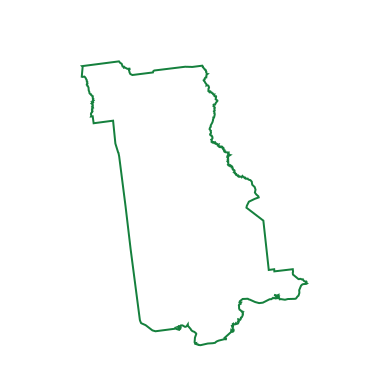 Casey, Victoria, Australia (Natural Earth projection), rotated 344°
{"feature_id": "25037944B44962811090312", "entity_name": "Casey", "entity_type": "district", "adm_level": 2, "iso_a3": "AUS", "parent_name": "Australia", "parent_adm1": "Victoria", "projection": "natural_earth1", "projection_center": [145.344, -38.095], "detail": "fine", "context": "isolated", "style": "outline", "palette": "green", "viewbox_px": 384, "rotation_deg": 344, "n_neighbors": 0, "source": "geoboundaries", "source_scale": "gbopen_adm2", "svg_char_len": 6033}
<svg xmlns="http://www.w3.org/2000/svg" viewBox="0 0 384 384"><g transform="rotate(344 192 192)"><path d="M236.7,73.4L226.9,71.9L219.9,69.7L189.2,64.8L188.0,65.3L187.4,66.3L166.9,63.1L165.2,61.5L164.9,59.7L165.1,58.5L164.9,57.8L165.2,56.9L165.9,56.7L165.9,56.2L163.8,55.8L161.9,53.9L160.9,53.8L161.1,52.8L159.9,52.3L159.7,49.3L158.5,48.0L157.8,46.3L121.0,40.7L121.4,41.5L117.8,50.8L118.7,51.3L120.2,51.3L120.7,51.9L121.3,53.5L121.4,54.9L121.7,55.4L121.3,56.9L121.7,57.3L121.4,58.1L121.4,58.9L120.9,59.1L120.9,59.4L120.4,59.9L120.8,60.6L120.7,61.1L121.0,61.3L121.3,63.1L120.7,66.0L120.9,67.2L120.7,68.8L121.2,69.8L121.8,70.2L121.7,70.8L122.1,71.1L122.4,72.0L123.0,72.6L122.7,72.9L122.6,74.3L122.8,75.1L122.4,75.2L122.4,76.0L122.1,76.3L122.4,76.7L121.8,76.8L121.8,77.9L120.7,77.9L120.9,78.3L120.4,78.9L120.8,78.7L121.0,78.9L119.9,79.3L120.6,80.2L120.3,80.4L120.5,81.3L119.9,81.9L120.3,82.1L120.0,82.9L120.1,83.7L119.2,83.8L119.3,84.3L119.1,84.9L118.6,85.0L118.6,86.8L118.1,86.8L118.0,87.7L116.7,88.5L116.3,89.3L116.3,90.8L115.7,91.6L117.4,91.9L116.4,98.8L135.8,101.7L131.7,124.3L131.9,133.8L132.1,134.0L131.8,137.7L124.2,187.3L117.2,230.3L107.3,296.1L106.6,300.7L106.7,302.4L107.0,304.1L110.7,307.2L115.8,314.1L118.5,315.8L137.7,318.7L138.2,318.2L138.9,319.0L139.5,319.1L139.6,319.6L141.6,320.9L142.2,320.1L141.9,319.2L142.4,319.0L142.5,318.6L142.5,318.2L141.5,317.7L142.6,317.6L143.1,318.0L143.5,319.6L143.8,319.2L143.8,318.6L143.4,317.6L144.0,317.8L144.6,317.2L146.1,317.6L148.0,319.6L148.6,319.8L149.8,319.6L151.5,318.1L151.2,319.5L153.0,323.5L153.1,324.3L154.0,325.8L155.7,327.1L157.0,329.1L157.0,329.6L154.7,332.8L153.1,337.1L153.2,338.2L154.1,338.3L153.5,339.0L155.2,340.1L156.1,339.5L155.6,340.4L156.0,340.8L158.0,341.6L165.4,342.0L170.4,343.1L172.6,343.3L174.3,342.5L176.6,342.2L182.4,342.4L184.0,342.9L184.3,342.3L183.8,341.5L182.9,341.5L182.9,341.3L190.9,337.4L191.5,336.0L192.1,337.5L192.7,337.6L193.8,336.9L194.0,335.8L193.0,335.4L193.6,334.6L193.5,333.9L193.9,333.4L193.7,333.0L194.0,332.9L193.7,332.1L194.5,332.2L194.7,331.8L194.4,331.4L194.9,331.3L194.9,330.1L195.6,329.9L195.8,330.5L197.0,331.1L197.7,331.0L198.2,330.2L198.6,330.6L198.5,331.1L199.8,331.1L200.7,330.3L200.5,329.4L201.0,329.3L201.1,328.9L201.4,328.9L201.3,328.3L201.6,328.4L201.9,328.0L201.8,327.3L203.2,328.1L204.1,327.2L204.4,326.2L205.3,326.1L206.7,324.6L207.2,323.7L207.0,323.3L207.5,322.7L207.4,321.8L208.0,321.4L207.5,321.0L207.5,320.8L206.9,320.8L206.2,319.2L205.3,318.2L205.2,316.8L205.8,314.6L205.8,313.9L206.3,313.2L207.2,313.1L207.6,312.5L208.0,312.7L208.3,311.9L208.6,311.7L207.3,311.1L207.9,310.2L211.2,308.8L216.2,310.0L217.0,310.9L217.9,311.4L222.4,315.2L225.9,317.3L229.6,317.9L237.0,316.5L238.8,316.9L240.7,316.1L241.1,316.6L241.9,316.6L242.8,317.3L244.9,317.6L245.2,316.7L244.0,315.8L244.0,315.1L243.2,314.2L243.4,313.9L244.3,314.4L245.1,315.8L246.4,314.7L246.7,314.7L245.8,316.1L246.1,316.5L246.6,316.5L246.0,317.4L246.6,317.9L246.7,319.3L248.0,319.5L251.7,321.2L254.6,321.3L261.7,323.1L262.7,323.0L264.6,321.5L265.8,321.0L267.4,318.6L268.0,315.9L271.0,312.1L272.2,311.4L273.4,311.2L276.4,311.8L277.4,311.6L276.7,310.6L277.3,309.9L277.2,309.5L276.1,309.3L275.3,308.6L274.5,307.1L274.5,306.5L273.2,306.2L272.6,305.5L271.6,305.2L270.8,305.3L270.3,305.0L266.3,299.2L266.6,297.3L267.1,296.7L267.6,294.0L249.3,291.0L249.7,288.9L244.3,288.1L252.7,239.2L240.0,222.1L240.9,220.4L244.0,217.0L250.4,215.9L254.6,215.6L254.6,214.4L253.1,212.1L252.3,209.9L253.7,207.3L253.6,204.5L251.9,201.6L252.3,198.5L251.4,196.7L250.2,196.0L249.4,195.2L249.2,194.5L247.4,194.1L246.9,193.6L247.3,193.4L247.1,192.9L246.5,193.0L245.7,191.5L245.0,191.0L244.4,191.3L244.5,190.7L243.6,191.1L242.6,190.5L241.4,190.4L241.1,190.1L241.5,189.9L241.4,189.4L240.9,189.0L240.8,188.6L240.1,188.6L239.1,187.7L239.0,187.3L239.5,187.1L239.5,186.1L239.2,186.7L238.9,186.6L238.8,185.8L238.3,185.7L238.0,184.9L238.2,184.6L237.9,184.4L238.6,183.9L238.8,183.3L238.7,182.7L237.6,181.9L237.7,181.5L237.4,181.1L237.7,180.7L237.6,179.8L237.3,179.6L237.6,179.4L237.4,178.9L237.6,178.6L237.1,177.9L236.5,177.9L236.7,177.4L236.2,176.8L235.8,177.0L235.7,176.5L235.1,176.5L234.9,176.9L234.4,176.5L234.1,175.7L234.5,175.5L234.9,174.3L234.7,173.8L235.2,173.0L235.2,172.7L234.9,172.8L234.5,172.3L235.6,171.3L235.2,170.8L236.0,169.6L235.8,169.1L236.1,168.8L235.5,168.0L236.1,167.5L236.9,167.6L238.8,167.0L238.4,166.8L238.1,166.0L237.2,165.9L237.5,165.6L237.3,164.9L238.0,164.1L235.1,163.0L234.6,162.5L234.8,162.2L234.3,162.1L234.1,161.3L234.6,160.8L234.3,160.6L234.2,159.8L233.8,159.6L233.5,158.5L234.3,158.3L234.2,158.1L233.5,158.0L233.5,156.8L232.8,156.4L232.4,156.7L231.9,156.3L231.7,156.7L230.8,156.4L230.4,155.8L230.7,155.3L229.8,154.7L230.6,153.7L230.0,153.7L229.7,153.2L229.4,153.5L229.0,152.7L228.0,152.2L228.2,151.4L227.0,151.1L227.4,150.4L227.0,150.4L226.3,149.8L225.6,149.7L225.2,150.0L224.6,149.2L225.2,148.1L224.9,147.0L225.8,146.7L226.5,146.0L226.8,144.8L226.5,144.4L226.5,143.3L225.6,142.8L225.2,141.9L225.4,141.4L225.8,141.4L226.6,140.3L226.7,139.0L227.0,138.5L226.7,138.2L226.8,137.9L226.2,136.4L226.9,135.3L228.0,134.5L227.9,134.1L228.5,133.0L230.8,130.7L232.0,128.8L232.0,128.4L232.7,127.5L233.0,126.4L233.5,126.6L233.9,126.2L235.1,124.0L235.4,123.2L235.1,122.5L235.6,121.5L235.3,120.4L236.3,119.9L236.4,118.1L236.9,117.8L237.2,117.0L236.3,115.4L236.9,114.6L236.8,114.1L237.2,113.9L238.3,114.3L239.5,112.9L241.6,111.4L241.6,111.0L240.3,109.4L241.5,106.9L241.4,106.5L240.4,106.4L240.0,105.9L240.1,105.5L239.8,104.5L240.1,104.3L239.3,104.0L239.1,103.4L239.2,103.0L238.5,102.4L238.4,101.9L237.8,101.7L237.5,100.6L236.3,100.9L236.1,100.2L236.5,99.9L235.6,99.4L236.4,97.1L237.1,96.5L237.2,95.0L236.8,94.0L236.4,93.9L235.8,93.2L235.3,93.4L235.6,92.4L234.9,90.8L234.6,89.2L234.1,88.4L234.0,87.8L235.2,87.3L235.3,86.6L235.7,86.2L236.5,85.7L237.3,85.8L237.4,85.5L237.3,85.2L237.7,84.9L238.1,83.5L239.3,82.9L239.0,82.8L238.6,80.8L238.9,80.3L238.7,80.0L238.9,78.9L238.5,78.0L238.1,78.0L237.4,76.0L236.8,75.0L237.1,74.5L236.7,73.4Z" fill="none" stroke="#15803d" stroke-width="2"/></g></svg>